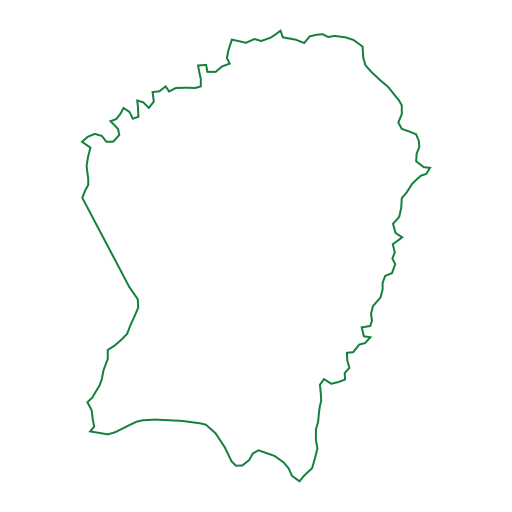 Alcantil, Paraíba, Brazil
{"feature_id": "56859067B64154070664732", "entity_name": "Alcantil", "entity_type": "district", "adm_level": 2, "iso_a3": "BRA", "parent_name": "Brazil", "parent_adm1": "Paraíba", "projection": "orthographic", "projection_center": [-36.044, -7.697], "detail": "fine", "context": "isolated", "style": "outline", "palette": "green", "viewbox_px": 512, "rotation_deg": 0, "n_neighbors": 0, "source": "geoboundaries", "source_scale": "gbopen_adm2", "svg_char_len": 2200}
<svg xmlns="http://www.w3.org/2000/svg" viewBox="0 0 512 512"><path d="M430.0,167.8L423.8,167.2L416.2,161.4L416.6,153.9L419.3,146.9L418.8,140.8L416.0,134.2L409.0,131.4L401.8,128.9L398.3,122.6L401.8,114.1L401.8,105.4L399.0,100.4L394.0,94.3L388.3,87.1L380.2,80.2L371.7,72.3L365.4,65.2L363.2,57.4L362.6,46.6L353.6,40.0L345.6,37.4L334.6,35.9L328.2,37.0L322.4,34.2L315.8,34.9L309.7,36.4L304.2,43.0L295.5,39.6L288.6,38.4L282.9,37.4L280.5,30.7L275.4,34.5L270.5,37.7L261.1,41.0L254.5,39.0L246.0,42.8L239.1,41.2L231.9,39.6L228.4,50.3L226.9,58.0L229.7,63.6L221.9,66.5L215.6,71.9L207.4,71.9L206.1,64.9L198.0,65.5L199.5,73.1L200.8,79.2L200.8,86.4L195.2,88.0L186.4,87.7L175.8,88.0L169.1,91.5L165.6,86.4L159.4,91.3L152.6,92.1L153.8,101.6L148.8,107.9L143.2,102.3L137.2,100.6L138.0,107.3L138.4,116.8L132.8,118.7L129.6,112.1L123.6,108.0L120.2,114.1L116.2,119.1L110.5,121.2L118.0,128.9L119.3,134.9L113.4,141.6L106.4,141.8L101.8,135.9L94.8,133.9L87.7,136.8L82.0,141.8L90.4,147.6L88.0,157.1L86.6,165.8L87.3,171.9L88.2,178.3L88.3,184.8L85.1,190.6L82.3,197.8L129.3,287.0L137.8,299.3L138.2,307.8L134.3,316.8L130.4,325.2L127.1,333.9L121.2,339.9L114.6,345.6L107.7,350.0L107.8,358.8L103.6,369.9L101.8,379.3L99.6,385.4L96.4,390.6L92.4,397.5L87.4,402.2L91.7,410.4L92.8,419.7L94.2,426.6L90.2,431.4L108.0,434.4L115.2,432.2L127.8,425.9L136.6,421.7L142.5,420.3L155.3,419.6L182.0,420.9L200.1,423.3L205.9,424.7L215.5,433.2L224.9,447.5L231.5,461.3L235.9,465.7L242.3,465.5L249.1,460.1L252.9,453.4L258.5,450.3L274.5,455.9L283.5,462.3L288.6,468.3L292.0,475.9L299.5,481.3L304.5,475.2L312.1,468.2L314.9,458.5L317.4,448.4L315.9,439.9L315.9,429.4L318.1,421.9L318.7,415.2L319.7,407.2L321.2,400.7L320.8,393.3L319.9,384.8L324.0,379.1L331.3,383.8L339.0,381.9L345.0,379.5L344.7,373.1L349.4,367.8L347.3,360.4L346.9,352.8L353.2,352.2L359.2,344.6L365.0,343.1L370.4,337.3L363.9,336.3L361.7,327.4L370.2,326.0L372.0,320.5L371.0,313.9L373.0,306.0L380.5,297.5L382.6,289.5L382.6,282.9L385.2,275.9L392.0,273.1L395.2,264.2L392.4,258.5L394.8,252.6L392.8,244.2L402.2,237.3L395.5,232.9L393.0,223.8L399.2,216.9L401.2,208.0L401.8,198.1L406.6,192.5L412.2,183.8L416.6,179.5L420.9,175.7L426.3,173.9L430.0,167.8Z" fill="none" stroke="#15803d" stroke-width="2"/></svg>